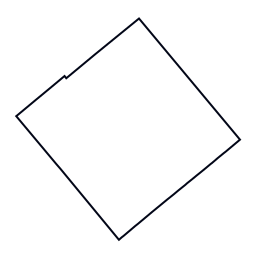 Bourbon, Kansas, United States of America (Albers equal-area conic projection), rotated 50°
{"feature_id": "52423323B75737020105593", "entity_name": "Bourbon", "entity_type": "district", "adm_level": 2, "iso_a3": "USA", "parent_name": "United States of America", "parent_adm1": "Kansas", "projection": "albers", "projection_center": [-94.721, 37.855], "detail": "fine", "context": "isolated", "style": "outline", "palette": "ink", "viewbox_px": 256, "rotation_deg": 50, "n_neighbors": 0, "source": "geoboundaries", "source_scale": "gbopen_adm2", "svg_char_len": 614}
<svg xmlns="http://www.w3.org/2000/svg" viewBox="0 0 256 256"><g transform="rotate(50 128 128)"><path d="M47.1,206.0L109.2,206.1L115.7,206.0L207.8,206.8L207.7,202.9L207.8,201.0L207.8,200.5L207.8,199.4L207.7,185.6L207.8,182.4L207.8,163.7L208.0,143.6L208.2,135.8L208.2,132.5L208.2,129.7L208.3,124.8L208.4,120.7L208.3,118.2L208.4,114.5L208.5,108.1L208.5,106.1L208.6,102.0L208.7,94.1L208.7,93.0L208.7,91.2L208.7,89.7L208.7,87.3L208.8,86.6L208.7,78.2L208.8,70.9L208.9,68.9L208.9,49.7L51.2,49.2L50.4,105.7L50.2,143.3L47.4,143.2L47.3,168.5L47.2,181.0L47.1,206.0Z" fill="none" stroke="#020617" stroke-width="2"/></g></svg>